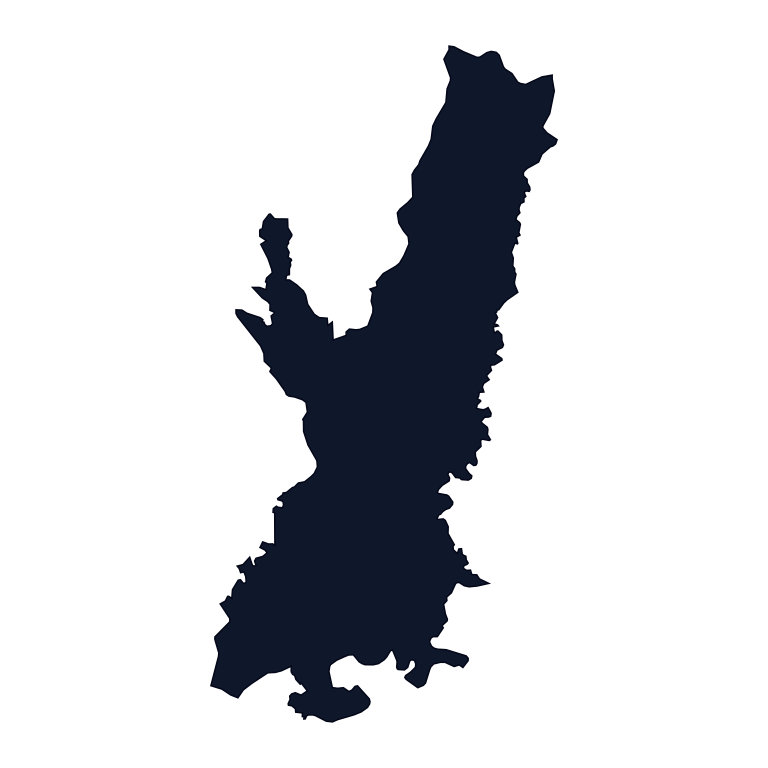 Binh Xuyen, Vĩnh Phúc, Vietnam
{"feature_id": "81297802B29926011513196", "entity_name": "Binh Xuyen", "entity_type": "district", "adm_level": 2, "iso_a3": "VNM", "parent_name": "Vietnam", "parent_adm1": "Vĩnh Phúc", "projection": "orthographic", "projection_center": [105.671, 21.329], "detail": "fine", "context": "isolated", "style": "filled", "palette": "ink", "viewbox_px": 768, "rotation_deg": 0, "n_neighbors": 0, "source": "geoboundaries", "source_scale": "gbopen_adm2", "svg_char_len": 6107}
<svg xmlns="http://www.w3.org/2000/svg" viewBox="0 0 768 768"><path d="M520.5,83.5L517.8,82.2L512.0,73.6L505.0,69.0L503.4,66.8L499.2,55.2L496.2,52.3L491.2,51.4L486.9,52.6L480.0,57.1L477.0,57.4L463.2,51.6L454.1,46.8L449.0,46.1L449.1,49.7L443.9,59.2L450.6,77.7L450.4,80.7L447.1,88.8L445.9,102.5L436.4,118.5L432.8,126.0L431.2,139.3L428.4,146.1L420.0,160.7L418.8,164.6L414.4,170.2L412.1,174.6L412.8,197.2L407.7,202.7L400.0,209.1L397.3,212.9L398.9,223.0L403.4,230.7L408.2,236.6L409.0,243.9L404.0,255.6L399.6,263.1L395.9,266.2L383.2,273.6L376.4,282.0L377.1,286.1L376.5,286.8L369.9,289.1L372.5,292.6L371.2,301.1L373.0,307.8L372.8,312.6L367.8,326.1L359.8,329.4L356.0,329.8L349.4,329.1L346.1,332.0L346.2,335.4L333.1,340.0L332.3,322.0L327.8,325.5L327.2,318.2L319.2,317.6L314.2,314.2L307.7,304.4L305.6,295.0L303.4,291.0L296.7,284.9L289.6,280.0L285.7,279.9L286.6,275.3L289.4,274.6L289.4,268.7L290.7,265.2L290.2,262.1L291.6,260.2L291.2,259.2L288.1,257.3L289.1,252.3L286.7,247.5L287.0,245.5L288.6,243.2L288.4,240.9L291.6,236.2L291.9,234.6L287.9,227.8L287.6,219.0L274.6,218.9L270.3,214.0L269.1,214.2L263.5,221.5L262.3,228.9L260.1,229.5L259.7,230.8L259.8,236.3L266.4,240.7L260.8,244.3L268.0,258.5L271.7,269.2L272.3,272.8L266.7,277.9L265.5,281.8L266.9,283.0L266.0,289.7L259.5,287.4L252.5,287.4L262.3,297.9L267.7,301.5L270.1,304.3L269.9,310.3L274.4,312.3L274.0,313.6L271.1,316.0L272.6,323.6L270.9,325.7L266.9,326.3L264.7,324.4L263.9,322.1L262.2,321.9L262.9,319.6L260.1,317.6L246.8,313.2L242.0,310.1L236.0,309.8L236.0,313.4L237.6,316.7L260.6,345.9L263.9,353.5L264.3,361.3L270.8,367.4L271.3,368.3L269.9,371.6L276.5,379.0L285.2,391.4L286.4,394.5L288.9,396.1L294.7,397.0L302.4,399.7L306.0,402.4L307.4,412.1L302.8,419.4L303.5,421.2L303.6,431.4L308.0,445.0L316.9,460.6L317.4,467.0L314.2,473.5L311.0,476.7L304.6,481.8L298.3,483.0L294.4,487.0L292.5,487.5L286.4,492.5L283.1,492.9L282.7,494.7L277.6,498.6L278.0,499.8L281.8,500.8L283.2,502.2L283.5,504.9L282.5,507.8L277.8,507.2L276.4,506.2L273.3,508.6L273.0,512.3L274.7,512.8L274.9,545.4L272.7,543.9L268.5,544.0L262.7,541.9L260.0,547.5L264.9,550.0L267.1,552.8L262.8,556.4L256.0,558.3L254.6,561.0L256.0,565.6L254.2,566.1L252.4,565.3L249.7,557.2L243.0,564.6L237.2,566.1L239.3,568.7L240.6,572.7L243.9,571.9L245.7,576.4L246.2,581.8L245.4,582.9L243.4,583.4L240.4,579.7L238.2,580.2L232.5,589.6L231.8,598.4L228.7,596.3L227.6,596.4L225.4,601.0L220.2,603.9L229.8,618.5L229.8,621.8L214.9,636.9L214.9,639.5L218.8,652.9L218.5,656.4L210.9,685.7L221.9,689.1L230.6,694.9L237.9,697.8L243.3,689.9L251.9,683.3L267.8,672.8L275.4,672.4L281.4,670.8L291.2,666.2L291.2,671.9L292.6,674.3L294.7,675.6L295.9,679.5L300.2,684.2L301.2,683.0L307.3,690.9L301.1,695.1L295.3,692.7L291.7,693.9L289.7,696.1L290.1,699.4L288.2,703.6L288.4,705.2L291.9,705.8L295.4,708.8L295.7,712.2L302.4,712.9L302.3,716.6L304.1,716.8L303.8,719.0L305.3,718.9L306.4,716.1L308.1,715.0L312.8,714.9L315.6,715.7L326.3,721.2L332.5,721.9L337.7,719.6L354.1,714.8L361.2,711.9L367.5,707.4L369.6,704.0L370.0,701.8L369.3,698.9L357.5,685.8L355.0,686.4L351.9,690.1L348.9,691.5L343.4,687.7L337.7,688.3L332.9,687.7L332.2,686.9L328.9,671.5L329.7,666.3L330.6,664.6L336.7,660.2L344.4,656.7L348.6,655.0L353.3,654.8L359.1,661.8L362.0,663.6L365.0,664.7L373.3,664.8L378.5,663.6L384.1,659.8L386.6,657.1L390.6,650.5L392.7,650.3L396.6,659.9L397.1,661.7L396.7,667.2L397.2,668.8L398.2,669.5L404.5,669.9L407.7,667.4L409.7,661.1L411.1,659.9L413.8,660.1L414.8,661.2L415.8,664.1L415.4,667.4L410.5,672.2L405.7,675.5L404.8,677.5L406.2,679.4L417.8,687.7L423.4,685.3L425.5,683.0L429.7,669.5L430.9,666.8L433.7,663.9L440.3,662.3L445.0,662.3L454.2,666.5L459.2,664.9L462.9,667.5L468.1,660.7L468.2,658.3L466.2,655.9L446.1,649.7L437.7,649.2L434.1,648.2L431.6,646.3L429.8,642.7L429.7,641.1L431.0,638.1L432.9,636.7L437.4,636.6L443.3,627.8L442.2,626.3L442.7,625.0L447.1,621.0L447.4,619.2L445.4,614.0L443.6,604.2L446.9,600.6L446.6,597.1L451.4,592.9L455.4,584.0L456.6,582.7L459.2,582.5L464.2,585.7L469.1,586.8L477.2,586.0L488.8,583.4L479.4,578.9L476.8,574.8L471.8,574.6L470.5,570.1L466.6,570.4L463.8,568.6L463.4,567.1L464.2,565.5L467.0,564.4L468.2,563.0L466.2,559.8L465.9,556.3L463.2,555.1L462.2,553.9L461.5,548.7L458.9,548.9L457.4,553.5L453.4,549.8L453.0,546.5L454.3,544.7L448.0,533.5L448.2,526.7L445.3,520.4L443.3,518.9L437.7,519.5L437.0,518.6L438.8,514.8L440.6,514.2L442.6,511.7L445.9,509.4L449.5,508.1L452.5,504.5L452.8,502.1L448.7,496.2L446.9,495.0L438.1,493.4L437.5,492.2L438.4,489.6L442.2,485.4L449.2,480.9L449.6,478.1L447.8,474.3L448.9,472.2L450.7,472.0L452.3,473.0L455.6,477.5L459.7,477.9L461.5,479.6L468.3,480.1L471.3,478.3L471.8,475.8L469.2,473.6L465.9,469.1L465.5,467.0L466.1,465.4L467.5,463.5L469.6,462.5L473.7,465.5L475.9,465.2L477.0,463.1L477.0,460.5L475.5,456.4L475.3,451.9L481.0,446.4L480.6,440.2L482.4,439.2L489.4,440.5L490.4,439.7L487.4,434.6L487.9,429.4L487.3,427.3L481.9,423.0L481.2,421.3L484.6,417.3L488.9,417.0L490.7,416.2L491.1,413.2L488.1,407.6L484.8,409.4L482.6,409.7L476.5,408.5L477.2,404.7L480.7,401.2L480.5,400.4L477.9,399.2L477.5,398.2L478.5,396.6L479.3,392.3L483.9,392.0L482.3,386.9L483.8,383.4L489.2,379.7L486.8,376.4L486.9,375.2L491.5,370.4L490.5,367.3L490.7,365.2L494.5,364.8L502.1,360.1L501.8,358.6L495.4,354.0L497.0,350.1L502.4,347.4L503.5,344.9L501.9,340.5L501.7,334.9L498.0,331.1L497.0,331.1L495.1,332.9L494.2,332.2L493.2,327.0L498.4,325.9L497.5,324.9L494.1,323.8L497.6,317.6L495.3,313.0L496.7,312.0L496.9,310.3L498.8,309.7L503.7,303.0L507.3,299.6L517.8,292.3L514.8,285.0L514.4,282.2L516.0,274.0L514.7,272.2L514.7,268.8L512.8,266.0L513.3,258.0L511.3,252.4L514.9,243.0L517.3,243.9L517.8,243.3L516.2,237.3L520.0,235.1L518.8,232.7L520.4,224.3L519.6,222.6L515.9,219.6L516.9,216.1L519.9,212.8L519.0,210.0L519.1,207.4L520.7,203.5L524.0,201.9L523.9,198.0L525.8,196.5L524.3,193.0L524.6,191.8L526.6,190.9L529.2,191.4L530.0,189.9L529.7,187.1L527.2,182.8L527.1,179.3L523.6,176.1L523.3,173.5L524.0,171.4L527.3,168.3L538.6,162.0L542.0,154.1L550.2,146.9L553.1,145.9L555.6,143.9L557.1,139.7L546.9,132.8L542.9,128.1L542.8,126.1L549.7,113.6L554.3,91.0L552.2,78.9L552.2,75.1L541.9,76.9L525.7,84.5L520.5,83.5Z" fill="#0f172a" stroke="#020617" stroke-width="1.5"/></svg>